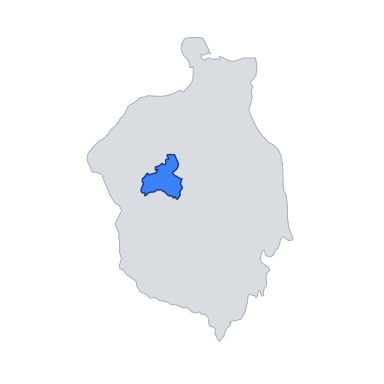 Romania, with Harghita highlighted, rotated 257°
{"feature_id": "ROU-307", "entity_name": "Harghita", "entity_type": "County", "adm_level": 1, "iso_a3": "ROU", "parent_name": "Romania", "parent_adm1": "", "projection": "equal_earth", "projection_center": [25.588, 46.623], "detail": "fine", "context": "in_parent", "style": "filled", "palette": "blue", "viewbox_px": 384, "rotation_deg": 257, "n_neighbors": 0, "source": "natural_earth", "source_scale": "10m", "svg_char_len": 5715}
<svg xmlns="http://www.w3.org/2000/svg" viewBox="0 0 384 384"><g transform="rotate(257 192 192)"><path d="M295.4,212.2L298.8,216.5L303.2,218.8L313.2,221.2L314.0,221.0L314.1,220.5L313.4,219.9L313.3,219.1L313.8,218.1L315.1,218.0L317.4,218.9L321.7,217.6L327.9,214.2L333.7,213.5L339.0,215.6L341.7,217.9L343.5,220.2L343.0,222.9L342.7,224.7L341.5,231.9L340.6,234.5L339.1,237.5L322.8,241.1L323.8,239.4L323.4,236.4L322.6,234.1L324.1,232.0L320.4,231.3L318.8,232.4L317.6,234.4L318.8,238.9L317.0,241.5L316.4,242.9L316.4,246.2L315.3,247.6L315.1,249.2L317.8,248.8L316.6,251.7L311.8,257.2L310.1,260.5L310.8,273.6L308.7,281.5L308.5,283.8L303.3,283.9L301.7,283.7L296.7,282.6L291.1,280.5L287.8,276.4L285.6,273.5L280.9,274.8L280.0,274.5L278.7,273.1L275.2,272.1L270.8,272.1L260.8,266.8L259.7,265.9L252.0,266.8L240.4,269.4L231.6,272.7L222.4,278.4L218.7,282.8L214.4,285.1L208.2,286.9L197.3,286.2L185.9,284.0L173.6,281.6L167.0,283.0L158.0,282.0L144.6,279.1L134.5,278.3L124.6,280.0L122.9,278.7L122.6,277.2L123.0,275.2L124.4,273.5L126.8,272.2L128.1,271.0L128.3,269.7L125.6,267.6L120.1,264.7L117.9,262.9L117.4,262.5L117.2,260.9L116.1,259.6L114.0,258.7L112.4,257.1L111.2,254.6L111.5,252.4L113.2,250.2L115.4,249.3L118.0,249.6L119.1,249.0L118.7,247.5L116.1,245.6L111.5,243.3L106.8,244.5L101.8,249.4L98.3,250.2L96.3,246.9L92.5,245.0L87.1,244.4L83.7,243.1L82.5,241.2L80.2,239.8L74.9,238.2L74.9,236.8L75.8,236.4L77.6,236.3L80.1,236.0L80.6,235.2L80.6,234.4L78.7,233.4L76.7,232.8L75.7,232.1L75.0,231.4L74.9,230.6L75.5,230.1L76.3,230.1L77.1,229.6L77.6,227.9L78.7,226.4L79.5,225.9L79.4,224.8L78.7,223.8L77.6,223.0L76.0,222.5L71.1,220.9L68.6,218.8L67.0,218.8L64.6,217.6L62.0,215.8L59.8,213.2L57.4,211.5L56.8,210.8L56.8,210.2L57.2,209.5L57.2,208.7L56.7,206.1L57.2,203.5L57.1,201.0L57.1,199.8L56.7,199.5L56.2,199.9L55.6,200.3L55.0,200.4L53.2,198.6L51.1,194.9L49.5,193.6L46.6,191.9L44.1,190.5L42.3,187.4L40.5,185.0L41.8,184.0L49.1,182.6L52.4,184.0L53.9,183.5L55.4,182.3L56.3,181.5L56.4,180.5L57.2,179.3L59.7,178.8L66.1,179.5L68.8,177.8L69.8,176.9L70.4,174.9L71.1,173.3L73.5,172.5L73.5,171.0L73.1,169.4L74.6,165.9L75.4,164.4L76.8,163.9L78.4,162.8L81.2,160.5L80.6,158.5L81.2,157.0L84.1,153.4L86.3,149.9L86.3,148.1L86.7,146.6L88.7,144.9L90.7,142.7L93.5,136.0L94.5,134.8L96.3,133.5L97.6,132.3L97.8,127.8L99.1,126.5L101.4,125.1L103.8,122.8L105.7,120.0L107.2,118.8L109.1,118.4L111.2,117.4L113.6,117.0L115.8,117.5L117.2,117.2L119.4,115.9L125.0,110.9L125.8,109.9L127.0,109.2L131.5,107.5L132.6,105.8L134.2,104.2L136.2,104.3L142.6,108.2L149.5,107.9L150.8,108.1L151.2,108.1L152.0,108.5L161.3,110.4L162.7,110.1L163.1,110.0L166.8,111.6L170.1,111.3L173.2,110.3L176.4,109.9L179.4,110.5L181.7,112.8L187.5,117.4L189.3,119.2L192.0,118.9L195.0,118.0L198.0,114.9L207.3,111.4L214.4,110.5L221.3,109.1L229.3,108.1L231.6,105.2L232.9,103.2L233.8,99.5L238.0,98.5L242.1,97.7L243.6,97.3L246.6,97.1L248.9,97.4L252.5,99.2L255.0,101.5L256.0,103.3L258.2,105.8L260.4,109.4L263.0,114.2L263.5,116.6L264.5,119.2L266.4,122.3L270.0,125.9L270.5,126.5L272.1,129.0L275.3,134.5L277.9,136.7L280.2,139.1L281.3,141.5L283.0,143.7L286.9,146.6L290.0,149.3L292.6,156.9L294.4,160.4L295.5,163.1L295.1,168.5L295.8,170.9L294.4,175.1L292.0,183.8L291.5,190.6L292.0,194.3L292.1,196.7L292.7,198.2L293.4,201.3L293.6,204.1L292.7,204.9L291.4,205.5L290.9,206.1L292.1,207.3L293.8,209.6L295.4,212.2Z" fill="#d9dde1" stroke="#a8b0b8" stroke-width="1"/><path d="M224.1,184.9L221.1,184.7L220.2,184.3L219.7,183.9L219.4,183.5L219.1,183.2L217.8,182.2L217.6,181.9L217.4,181.6L216.6,180.2L216.5,179.8L216.5,179.4L216.4,179.0L216.2,178.6L215.8,178.3L215.0,177.6L214.5,177.4L214.1,177.5L213.7,177.7L213.3,178.1L212.3,178.7L211.7,179.1L210.6,180.6L210.1,181.1L209.5,181.5L208.3,182.7L208.2,182.9L208.2,183.3L207.9,183.5L207.7,183.7L206.9,185.1L206.1,184.2L204.7,183.8L204.2,183.4L203.6,183.0L203.0,182.7L202.4,182.6L201.9,182.6L200.1,183.3L198.4,183.6L195.9,181.2L194.2,180.0L193.7,179.8L192.2,179.8L191.6,179.7L191.0,179.2L188.5,176.4L188.3,176.1L188.4,175.8L188.6,175.6L189.3,175.3L189.6,175.1L189.8,175.0L190.1,174.8L190.9,174.6L191.2,174.5L191.4,174.2L191.4,173.7L191.2,173.5L190.3,172.9L190.3,172.6L190.6,172.4L192.5,171.6L192.9,171.4L193.0,171.0L193.2,169.5L193.3,169.0L193.6,168.6L195.5,166.9L195.9,166.7L197.2,166.1L197.8,165.8L198.2,165.4L199.3,163.9L199.8,163.4L201.2,162.4L201.4,162.0L201.5,161.6L201.4,160.5L201.5,159.7L201.7,158.8L201.7,158.3L201.6,157.9L201.5,157.6L200.8,155.9L200.6,155.0L201.1,152.2L201.0,149.8L200.9,149.1L200.7,148.6L200.4,148.2L199.7,147.6L199.4,147.2L199.3,146.8L199.1,145.3L200.2,145.7L200.6,145.7L201.1,145.7L201.5,145.5L201.8,145.3L202.0,144.9L202.0,144.6L202.1,144.2L202.1,143.8L202.4,143.4L203.0,143.1L203.6,142.8L204.4,142.7L204.9,142.7L205.5,142.9L209.0,145.0L209.4,145.3L209.7,145.7L210.1,146.1L210.6,146.4L211.1,146.5L211.7,146.4L212.2,146.2L213.8,146.0L214.6,146.2L215.5,146.5L215.9,146.8L216.4,147.3L216.7,147.9L217.3,149.1L217.7,149.8L218.2,150.4L219.3,151.2L219.7,151.5L220.0,152.0L220.2,152.6L220.2,153.0L219.8,153.2L219.3,153.1L218.9,153.1L218.7,153.2L218.5,153.4L218.5,153.7L218.5,154.1L218.8,160.9L219.0,161.4L219.2,161.9L219.7,162.4L220.8,163.3L221.2,163.5L221.5,163.6L221.6,163.3L221.6,162.9L221.4,162.1L221.3,161.7L221.7,161.5L222.0,161.4L224.6,162.0L224.7,165.0L225.2,166.9L225.6,167.6L226.1,168.2L226.5,168.9L226.5,169.4L226.2,169.7L225.8,169.8L225.4,170.2L225.1,170.7L224.9,171.9L225.1,172.5L225.6,172.9L226.9,173.2L228.6,173.4L229.0,173.6L229.5,174.1L229.7,174.6L229.7,175.0L229.4,176.0L229.4,176.6L229.7,176.8L230.1,176.9L231.0,176.6L232.2,176.0L232.7,175.9L233.1,176.0L233.7,176.3L233.9,176.6L233.9,177.0L233.5,178.1L233.4,178.5L233.3,180.1L233.1,180.5L232.8,181.3L232.6,181.7L232.4,183.3L224.1,184.9Z" fill="#3b82f6" stroke="#1e3a8a" stroke-width="1.5"/></g></svg>